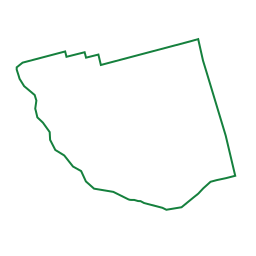 the district of Columbia, Oregon, United States of America, rotated 165°
{"feature_id": "52423323B32513162677446", "entity_name": "Columbia", "entity_type": "district", "adm_level": 2, "iso_a3": "USA", "parent_name": "United States of America", "parent_adm1": "Oregon", "projection": "natural_earth1", "projection_center": [-123.003, 45.955], "detail": "fine", "context": "isolated", "style": "outline", "palette": "green", "viewbox_px": 256, "rotation_deg": 165, "n_neighbors": 0, "source": "geoboundaries", "source_scale": "gbopen_adm2", "svg_char_len": 731}
<svg xmlns="http://www.w3.org/2000/svg" viewBox="0 0 256 256"><g transform="rotate(165 128 128)"><path d="M168.9,218.2L212.9,218.4L219.8,215.4L220.4,213.2L220.1,207.0L220.0,203.6L217.5,195.3L209.6,184.0L209.4,178.2L212.6,170.7L212.6,168.3L212.8,161.7L208.8,155.2L204.7,144.3L206.3,136.7L203.9,125.6L196.7,118.0L191.1,105.0L184.4,98.5L182.8,89.1L182.5,87.3L176.5,78.2L158.7,70.1L146.0,58.9L144.5,58.0L140.6,56.9L137.1,54.8L134.8,54.1L131.8,51.3L115.4,42.0L112.1,39.1L96.8,37.6L82.6,44.0L77.1,46.4L71.0,50.2L62.2,54.7L55.8,54.7L46.3,54.2L36.8,54.1L35.6,95.3L37.7,162.3L38.1,173.7L37.2,195.7L43.7,195.6L137.9,195.9L137.6,206.6L150.3,206.8L150.3,212.4L169.0,212.7L168.9,218.2Z" fill="none" stroke="#15803d" stroke-width="2"/></g></svg>